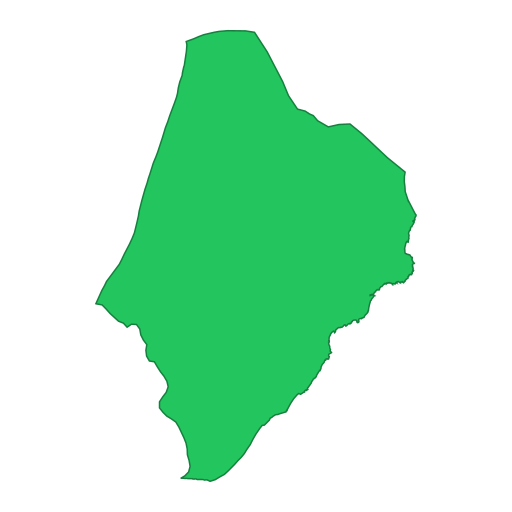 the district of Brum Mayf'ah, Hadramawt, Yemen
{"feature_id": "15242507B1280575170074", "entity_name": "Brum Mayf'ah", "entity_type": "district", "adm_level": 2, "iso_a3": "YEM", "parent_name": "Yemen", "parent_adm1": "Hadramawt", "projection": "natural_earth1", "projection_center": [48.863, 14.347], "detail": "fine", "context": "isolated", "style": "filled", "palette": "green", "viewbox_px": 512, "rotation_deg": 0, "n_neighbors": 0, "source": "geoboundaries", "source_scale": "gbopen_adm2", "svg_char_len": 6011}
<svg xmlns="http://www.w3.org/2000/svg" viewBox="0 0 512 512"><path d="M95.9,303.7L96.6,303.9L102.1,304.9L106.1,309.0L110.1,313.5L118.5,321.2L123.5,323.2L127.1,327.2L131.5,324.2L136.5,324.5L139.8,329.0L140.8,334.9L143.4,340.1L146.8,344.6L145.9,350.3L146.6,356.1L149.4,361.0L154.4,361.8L157.2,366.6L160.5,371.8L163.9,376.1L166.9,381.2L168.2,386.8L166.2,392.4L162.8,396.8L159.5,401.8L159.5,407.9L162.9,412.2L166.8,416.1L171.4,418.9L175.8,422.0L178.8,426.9L183.9,437.7L186.0,443.0L187.2,448.9L187.4,454.8L189.1,460.5L190.1,466.4L188.6,472.0L184.8,475.9L180.7,478.3L182.0,478.2L184.0,478.3L184.9,478.5L186.9,478.4L187.5,478.6L192.4,478.7L192.7,479.0L194.4,479.1L194.8,478.9L196.0,478.9L197.1,479.5L202.8,479.5L204.7,480.1L205.5,479.9L207.1,479.9L210.1,481.3L215.4,479.6L219.6,477.0L224.4,474.4L228.3,470.8L234.8,464.2L237.7,460.9L241.2,457.4L244.4,453.5L246.6,449.8L250.3,444.5L252.8,439.5L255.9,434.1L259.8,428.4L262.2,425.4L264.4,425.1L269.4,420.1L270.1,418.3L271.9,417.3L273.0,416.3L275.6,414.7L277.8,414.5L279.9,413.7L286.0,411.9L286.1,411.2L286.4,411.0L286.8,410.9L287.1,410.6L286.9,410.0L287.1,409.5L287.4,409.4L290.5,403.6L293.7,398.7L297.3,394.6L298.8,393.5L300.6,394.3L304.2,391.9L304.4,392.1L304.7,391.9L304.7,390.9L305.7,390.1L306.2,389.9L306.5,390.4L306.8,390.2L307.2,389.7L307.8,389.5L307.4,388.8L307.8,387.5L308.2,387.4L311.3,383.0L311.8,381.4L312.5,380.7L313.4,379.0L313.9,378.9L314.4,378.2L315.1,378.0L315.6,377.3L316.0,377.0L316.3,376.4L316.8,374.9L319.2,371.1L319.6,370.6L320.0,370.7L320.3,370.0L320.3,369.6L320.9,368.9L321.1,367.0L322.3,364.4L323.7,362.9L324.2,362.1L324.9,360.1L325.6,360.2L325.9,359.8L326.2,358.9L327.6,358.8L327.9,359.2L328.6,359.0L329.3,356.6L328.9,356.2L328.6,355.5L328.7,354.6L329.1,354.0L330.9,353.1L331.5,352.5L330.1,350.9L330.5,349.6L329.8,348.2L329.7,346.2L328.9,344.6L328.6,342.2L329.2,342.1L329.3,341.2L329.3,340.7L329.1,340.5L328.8,340.4L329.0,339.6L329.2,337.1L330.2,335.1L330.5,334.9L330.5,334.2L331.7,332.5L333.4,331.1L334.1,331.2L334.7,331.7L334.4,332.6L334.6,332.8L335.2,332.0L335.6,331.1L335.9,329.6L336.9,329.0L337.5,328.3L338.8,327.5L340.1,327.7L340.6,327.3L341.7,327.3L342.2,327.1L343.1,326.3L344.1,325.1L344.9,324.8L345.2,324.9L345.4,325.5L345.9,326.1L346.9,325.4L347.6,324.5L348.4,323.9L349.2,323.5L349.9,324.0L350.3,323.4L351.3,323.0L351.4,322.1L351.7,321.8L352.2,321.7L352.6,320.7L353.9,320.1L355.8,320.0L356.2,320.3L356.6,320.4L357.0,321.1L356.8,321.7L357.0,322.2L357.4,322.6L357.7,322.4L358.3,322.5L358.9,321.9L358.9,321.3L358.7,319.6L359.0,319.1L359.7,318.7L360.7,318.6L361.2,318.3L361.5,318.3L361.6,318.6L362.0,318.4L362.1,318.0L362.5,317.8L363.3,317.7L364.0,317.4L364.3,316.9L364.4,316.4L365.3,315.0L366.9,313.5L368.1,311.8L367.9,311.5L368.1,310.8L368.5,310.4L368.7,308.3L369.4,304.8L370.6,300.7L371.3,300.1L371.8,298.7L372.6,298.0L373.5,296.6L373.7,296.1L374.6,295.8L373.4,295.1L372.7,295.0L371.5,295.1L370.1,295.6L370.0,295.1L370.9,294.6L371.6,294.4L372.8,294.3L373.6,294.4L373.9,293.4L374.5,292.3L375.6,291.8L375.9,290.8L376.8,289.9L377.4,290.0L377.8,289.6L378.1,289.9L379.1,290.0L379.5,289.3L379.4,288.9L379.6,288.4L380.4,287.3L381.0,286.6L381.8,286.6L383.9,284.1L384.4,283.9L384.8,284.1L384.9,283.5L385.5,283.7L385.8,283.6L386.4,283.2L386.6,283.6L386.8,283.2L387.0,283.0L387.9,283.2L388.4,283.0L388.4,282.7L389.4,283.0L389.6,282.6L389.9,282.6L390.5,283.1L390.9,283.3L391.4,283.2L391.8,283.6L392.0,283.6L392.1,284.1L392.4,284.3L392.5,284.7L392.8,284.8L392.8,284.2L393.0,283.7L393.8,283.5L394.7,284.0L395.4,283.9L395.6,283.5L395.5,283.3L395.8,282.7L396.1,282.8L396.2,282.7L396.4,282.8L396.2,282.5L396.3,282.3L397.0,281.9L397.4,282.0L397.5,281.7L398.1,281.5L398.6,281.6L399.5,282.6L400.0,282.4L400.5,282.8L400.5,282.2L400.8,282.0L402.0,282.1L402.3,281.7L403.4,282.8L403.9,282.5L404.4,281.6L405.1,281.2L405.0,280.6L405.7,280.0L406.0,279.4L406.3,279.4L406.7,278.9L407.9,278.3L408.1,277.4L407.9,276.9L408.2,276.4L408.5,276.4L408.6,275.9L409.0,275.8L409.2,274.8L410.0,274.5L410.6,274.7L410.6,274.3L411.6,274.5L411.7,274.1L412.2,273.6L412.3,273.2L412.2,273.0L412.1,272.9L412.0,272.2L412.5,272.0L412.7,271.7L412.8,271.3L413.2,271.2L413.3,270.8L413.6,270.4L413.4,270.1L412.8,269.9L413.1,268.9L413.1,267.9L412.5,267.0L412.4,266.7L412.8,266.2L412.5,265.3L412.3,264.9L412.5,264.5L413.3,263.7L413.8,263.5L414.0,263.6L414.4,263.4L414.4,263.2L414.2,263.2L413.6,262.9L413.3,262.2L413.1,262.2L412.7,261.2L412.6,260.8L412.0,260.0L412.1,259.4L412.2,259.2L412.0,258.4L412.0,257.8L412.3,257.8L412.3,257.4L411.3,257.1L409.8,254.9L409.3,254.8L409.0,254.9L408.6,254.5L407.0,254.3L406.9,254.0L405.3,253.4L405.1,253.0L404.9,252.1L404.8,249.4L404.5,249.0L404.7,248.6L405.0,246.6L405.4,245.5L405.6,244.1L406.2,242.4L406.8,241.5L407.1,241.3L407.4,241.5L407.8,242.1L408.2,242.2L408.3,242.1L408.5,239.7L408.8,239.0L409.0,238.3L408.7,237.3L409.1,235.6L408.6,233.5L408.6,232.9L409.3,231.0L409.5,230.7L410.0,230.4L409.9,230.2L410.1,230.0L410.6,228.6L410.5,227.9L411.1,226.9L411.5,226.6L411.9,226.6L411.9,226.3L412.5,225.1L413.1,224.3L414.1,222.3L413.4,221.7L413.0,221.5L413.0,221.0L413.1,220.7L413.4,220.5L414.3,220.9L414.6,219.9L414.8,219.9L414.9,219.5L414.6,219.4L414.6,218.9L414.7,218.2L415.0,218.0L415.1,217.4L415.4,216.8L416.0,216.0L416.1,215.0L415.3,214.1L408.3,200.5L408.2,200.7L405.2,191.6L404.9,186.5L404.3,181.7L404.4,176.6L405.1,172.1L387.4,157.7L362.3,134.1L350.0,124.0L339.0,124.5L328.3,126.9L317.6,120.7L313.3,115.6L309.4,113.9L305.2,111.1L297.5,109.1L288.5,95.7L282.7,81.7L267.2,51.9L254.5,32.3L245.6,30.9L227.6,30.7L219.1,31.4L214.1,32.3L203.8,34.7L198.5,36.7L193.7,38.8L186.2,41.5L186.9,44.8L186.4,51.3L184.3,65.4L183.7,67.1L182.4,73.1L182.2,75.3L179.8,81.8L178.3,87.9L177.5,93.4L176.5,97.3L174.5,103.0L169.7,115.8L167.7,121.9L165.5,127.5L162.5,137.5L157.7,152.1L156.0,156.6L153.3,163.1L150.0,173.7L148.3,178.7L147.1,183.1L145.0,189.3L141.9,200.3L139.2,211.0L138.4,216.1L136.9,222.7L134.4,232.9L132.1,238.5L129.5,244.1L124.4,253.9L121.6,259.8L119.3,264.3L106.5,281.5L104.5,285.7L101.9,290.4L95.9,303.7Z" fill="#22c55e" stroke="#15803d" stroke-width="1.5"/></svg>